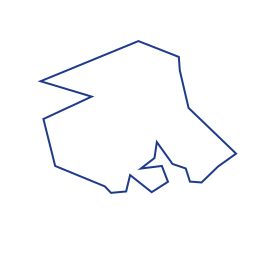 Charlottesville, Virginia, United States of America (Natural Earth projection), rotated 241°
{"feature_id": "52423323B38941447839141", "entity_name": "Charlottesville", "entity_type": "district", "adm_level": 2, "iso_a3": "USA", "parent_name": "United States of America", "parent_adm1": "Virginia", "projection": "natural_earth1", "projection_center": [-78.498, 38.04], "detail": "fine", "context": "isolated", "style": "outline", "palette": "blue", "viewbox_px": 256, "rotation_deg": 241, "n_neighbors": 0, "source": "geoboundaries", "source_scale": "gbopen_adm2", "svg_char_len": 444}
<svg xmlns="http://www.w3.org/2000/svg" viewBox="0 0 256 256"><g transform="rotate(241 128 128)"><path d="M44.7,165.9L50.7,188.3L53.2,210.1L116.2,190.7L153.2,201.2L165.5,206.9L199.0,179.2L211.3,74.2L173.1,111.4L176.9,58.4L130.1,45.9L88.2,79.4L79.5,81.7L73.4,95.6L85.8,107.0L60.4,117.6L61.6,136.9L78.4,139.2L86.3,119.6L88.9,136.6L101.7,146.4L75.0,149.5L64.6,158.9L51.1,156.2L44.7,165.9Z" fill="none" stroke="#1e3a8a" stroke-width="2"/></g></svg>